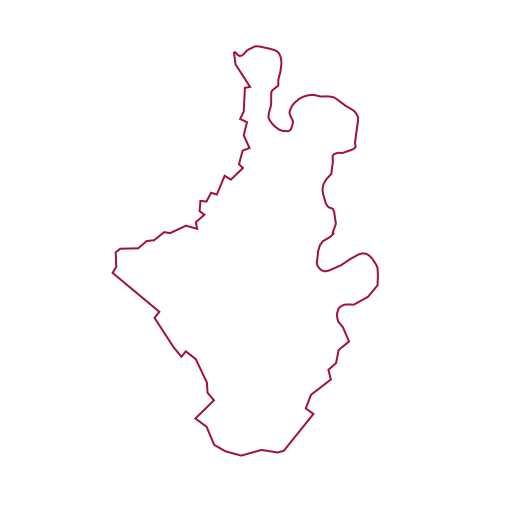 Lauderdale, Tennessee, United States of America, rotated 128°
{"feature_id": "52423323B2530674009374", "entity_name": "Lauderdale", "entity_type": "district", "adm_level": 2, "iso_a3": "USA", "parent_name": "United States of America", "parent_adm1": "Tennessee", "projection": "orthographic", "projection_center": [-89.758, 35.743], "detail": "fine", "context": "isolated", "style": "outline", "palette": "rose", "viewbox_px": 512, "rotation_deg": 128, "n_neighbors": 0, "source": "geoboundaries", "source_scale": "gbopen_adm2", "svg_char_len": 2324}
<svg xmlns="http://www.w3.org/2000/svg" viewBox="0 0 512 512"><g transform="rotate(128 256 256)"><path d="M428.7,159.7L422.4,144.8L405.4,132.2L397.4,117.8L392.4,114.2L345.1,113.5L345.5,122.9L331.5,127.2L307.2,121.0L301.1,128.9L291.1,127.0L279.1,133.0L266.1,130.1L258.5,143.9L257.2,150.4L255.3,153.2L252.6,156.0L251.3,156.8L246.8,158.5L244.6,158.5L240.4,156.8L237.7,153.9L234.2,149.0L219.1,142.6L204.2,142.2L195.8,148.3L190.5,153.0L188.8,156.2L187.1,161.0L186.4,163.5L186.0,166.6L186.2,169.6L186.7,171.2L188.4,173.7L191.2,175.9L199.6,179.6L210.9,183.3L222.3,189.4L225.0,191.6L225.9,192.7L226.7,194.9L226.9,196.8L226.5,199.6L225.3,202.4L224.1,203.8L216.3,208.4L214.3,209.9L208.3,212.2L203.2,212.4L194.9,209.2L190.6,208.7L190.6,209.8L181.4,212.9L173.2,221.5L171.5,224.5L172.8,228.5L172.7,230.3L171.5,233.5L165.9,241.2L163.8,243.5L163.0,244.3L159.1,246.5L157.0,247.2L152.5,247.8L145.0,247.2L138.5,251.1L135.1,252.9L130.0,257.2L127.5,257.2L124.0,254.7L121.4,251.1L111.6,244.9L109.0,244.6L107.3,246.1L105.9,247.7L86.3,259.1L84.2,260.7L82.9,262.7L81.5,266.6L81.4,269.3L82.5,277.8L82.7,289.0L83.1,292.4L84.5,295.3L86.3,298.1L90.5,303.2L93.5,309.7L97.1,313.7L101.7,317.0L105.9,318.8L111.1,319.9L115.2,320.1L119.9,319.0L121.9,318.2L123.1,317.2L124.2,315.5L126.7,310.4L127.5,309.5L130.4,307.9L134.5,306.6L136.5,306.8L137.8,307.5L140.9,311.7L142.2,315.6L142.3,320.6L141.8,324.7L140.6,328.9L139.1,331.5L135.0,334.1L127.8,337.0L117.7,344.7L116.2,345.1L114.7,345.0L111.1,344.2L108.5,343.3L107.7,343.6L103.4,346.9L96.2,350.0L88.9,354.3L85.6,357.2L83.9,359.4L82.4,362.0L81.8,364.3L81.8,365.5L82.4,368.3L83.9,372.1L88.0,380.7L89.2,383.0L91.1,385.6L98.0,389.1L100.8,389.8L104.6,390.0L106.5,390.4L108.4,391.9L108.9,394.4L108.3,396.4L108.4,398.1L109.3,398.5L117.6,390.1L126.4,364.8L130.3,368.3L149.7,354.6L157.8,352.9L156.1,345.5L168.5,339.9L174.9,327.6L181.2,331.4L194.2,325.9L194.7,320.5L211.3,322.8L212.1,330.1L231.7,324.7L233.8,330.3L243.6,328.6L246.8,333.7L255.4,328.0L255.2,322.1L266.5,324.2L270.8,319.1L275.2,329.8L290.9,337.8L293.7,343.0L306.4,346.1L311.4,351.3L322.5,353.6L333.9,367.5L339.5,368.8L350.5,359.5L357.6,358.6L359.5,297.8L367.2,297.9L378.6,264.9L381.3,252.7L374.3,252.6L374.4,239.9L385.9,216.8L393.6,210.0L395.6,200.3L421.4,203.7L421.0,189.7L430.6,172.7L428.7,159.7Z" fill="none" stroke="#9f1239" stroke-width="2"/></g></svg>